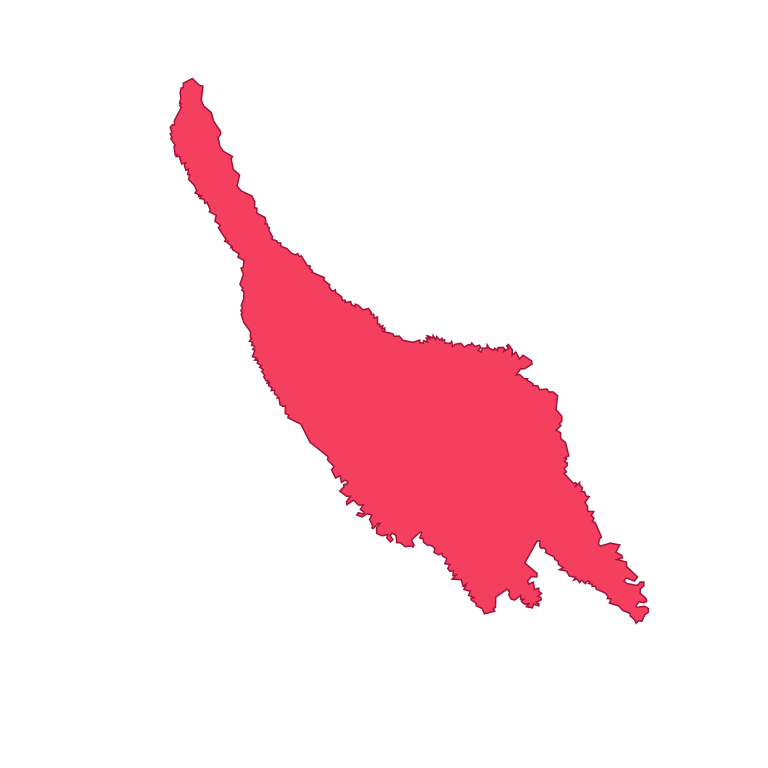 outline of Comapa, Veracruz, Mexico, rotated 42°
{"feature_id": "50627088B99460777873405", "entity_name": "Comapa", "entity_type": "district", "adm_level": 2, "iso_a3": "MEX", "parent_name": "Mexico", "parent_adm1": "Veracruz", "projection": "mercator", "projection_center": [-96.723, 19.142], "detail": "fine", "context": "isolated", "style": "filled", "palette": "rose", "viewbox_px": 768, "rotation_deg": 42, "n_neighbors": 0, "source": "geoboundaries", "source_scale": "gbopen_adm2", "svg_char_len": 6130}
<svg xmlns="http://www.w3.org/2000/svg" viewBox="0 0 768 768"><g transform="rotate(42 384 384)"><path d="M520.8,276.5L515.0,276.7L511.8,279.7L508.5,278.7L503.3,284.2L499.6,282.4L495.7,285.5L494.5,284.2L487.5,285.4L487.1,284.0L484.6,286.3L478.4,286.2L476.1,288.8L475.4,281.3L478.2,278.8L480.7,270.1L478.2,268.1L467.9,269.6L468.0,274.7L460.5,272.0L460.1,277.0L456.4,272.6L449.9,271.4L449.7,273.7L452.9,274.4L451.1,279.6L450.5,277.2L448.0,277.1L444.4,280.6L445.8,283.0L442.4,283.2L442.8,285.4L438.6,287.0L434.5,285.9L436.6,288.4L433.1,291.5L434.7,295.4L431.3,296.0L431.6,292.3L428.9,291.3L426.5,295.4L421.7,294.8L422.2,297.2L420.2,298.3L419.1,302.7L413.8,302.4L410.1,307.1L409.9,310.2L405.8,307.1L405.9,309.6L401.7,312.8L399.4,310.6L398.3,312.2L396.4,311.2L396.3,314.1L391.4,313.4L392.7,316.4L388.1,315.2L389.5,317.0L382.9,319.5L387.8,319.4L384.6,321.6L388.4,323.4L384.5,325.3L385.9,327.4L382.9,329.4L381.2,327.4L377.7,333.6L369.0,338.8L363.2,338.2L359.7,341.7L356.8,340.8L348.3,345.6L349.0,344.0L347.1,341.8L345.7,344.6L344.1,341.4L342.6,344.1L340.8,342.5L339.1,343.8L334.3,338.5L332.7,341.5L329.6,339.1L327.3,341.0L326.8,339.4L322.0,338.2L318.9,342.8L311.8,342.9L309.2,343.9L310.8,345.7L306.7,346.8L304.1,345.1L300.6,349.3L299.1,347.7L296.9,349.7L294.0,347.5L287.0,348.4L284.8,346.5L284.1,349.0L282.2,349.5L278.4,348.5L277.4,346.6L269.9,347.2L268.4,344.9L255.6,349.2L255.0,347.6L251.3,348.0L250.4,345.6L247.8,347.3L236.8,344.2L235.7,345.9L232.6,344.8L232.0,347.2L227.2,348.8L221.3,348.3L215.5,350.6L212.6,348.3L210.7,350.3L208.4,349.4L203.9,351.4L202.7,349.2L195.5,346.8L194.3,344.5L192.4,345.1L190.3,343.1L188.3,344.7L187.9,342.5L184.1,339.8L175.0,342.1L172.0,338.4L169.7,339.6L166.0,335.0L160.1,332.7L148.5,336.1L142.4,335.2L136.8,325.3L128.4,325.4L119.9,319.1L119.2,316.3L108.7,318.6L102.7,317.1L95.9,311.8L95.3,307.4L93.2,305.6L81.6,302.7L74.0,297.8L63.9,298.0L58.3,295.4L50.1,283.8L47.2,285.6L37.2,285.2L33.6,294.6L36.5,298.2L35.2,299.7L37.8,304.2L41.8,307.4L44.1,312.1L45.8,311.5L45.8,313.7L48.3,314.2L51.9,328.3L55.0,331.9L53.1,333.2L53.5,336.5L58.3,338.9L57.6,341.1L61.3,342.5L61.3,344.3L69.4,346.4L68.9,347.9L75.7,353.6L76.7,352.1L77.5,354.1L79.6,351.8L86.5,355.9L88.5,352.4L89.4,355.2L93.8,357.7L95.0,355.2L98.0,359.7L99.7,358.7L101.8,362.7L110.3,363.3L115.7,365.8L115.7,368.4L119.9,367.2L120.8,368.8L122.4,366.2L123.0,369.4L126.7,367.1L130.0,369.7L131.1,367.5L138.4,370.8L138.9,372.9L146.5,370.9L149.4,376.2L156.1,375.5L156.4,378.8L169.7,382.2L170.1,384.7L172.7,383.5L172.2,381.6L174.0,383.9L178.1,383.3L179.0,385.2L179.4,383.9L181.8,385.5L189.1,384.2L190.6,387.6L197.2,385.9L201.3,391.5L200.2,393.6L205.9,396.4L210.4,406.5L214.9,407.1L215.6,409.6L218.0,408.9L222.9,414.9L225.5,421.4L228.0,422.1L228.5,425.3L231.1,425.8L231.2,427.8L238.7,432.1L249.8,434.5L253.6,438.9L255.0,438.5L255.3,442.2L258.3,440.9L259.7,444.0L261.9,442.5L263.6,443.8L263.1,446.0L265.6,445.5L267.9,451.7L272.0,450.0L272.0,452.7L274.4,450.6L276.1,453.5L280.5,452.3L280.3,454.8L284.5,454.0L284.8,456.7L289.6,457.3L289.7,459.0L294.0,460.5L295.5,459.1L296.5,461.7L297.9,459.6L299.0,462.3L303.5,461.8L304.6,464.4L306.9,461.8L309.0,464.6L313.2,464.1L314.0,466.0L315.4,464.6L320.4,468.9L323.8,468.4L325.5,466.3L330.3,472.1L334.0,470.7L335.0,473.4L349.1,469.5L368.2,476.8L391.1,475.4L392.8,478.1L402.3,478.8L402.3,482.8L411.0,486.3L412.7,481.5L418.3,485.6L419.2,481.8L422.0,480.8L423.6,482.5L421.4,485.7L423.0,487.2L422.8,493.3L431.3,492.5L434.1,489.8L435.0,496.8L437.2,498.5L439.2,490.6L446.0,491.1L449.5,487.8L450.3,493.0L454.8,492.5L456.0,493.9L451.0,496.9L451.4,499.6L456.7,497.4L458.3,491.6L462.9,489.6L463.7,494.2L469.9,496.7L471.6,499.1L472.7,498.8L472.6,492.0L474.4,490.2L474.5,495.7L478.6,499.9L484.3,498.0L487.6,493.3L489.0,496.5L494.5,497.1L494.7,493.6L490.1,492.6L489.9,489.3L494.3,488.5L499.7,493.3L502.7,490.9L508.7,490.7L512.8,485.9L514.7,485.8L514.2,483.7L508.7,481.5L509.9,469.6L511.6,469.4L513.7,474.5L516.8,472.7L519.2,475.1L524.0,474.7L527.5,472.3L531.8,472.1L533.8,475.7L538.9,474.4L540.3,471.2L542.8,472.7L546.0,471.8L547.7,472.1L549.5,476.8L553.7,474.2L554.8,478.4L558.3,479.1L560.5,476.4L563.4,480.3L565.5,477.6L565.2,483.4L572.4,477.8L578.3,481.6L579.0,477.8L580.9,483.2L586.8,480.3L588.3,484.5L593.9,482.6L592.1,485.0L593.1,486.1L598.9,485.3L601.0,487.1L607.1,485.2L612.5,487.6L618.3,478.7L615.7,478.1L616.2,475.3L609.7,467.6L612.7,454.0L616.8,454.6L617.6,457.1L622.2,458.8L625.6,457.2L627.1,449.6L629.5,452.4L631.9,450.6L631.2,453.3L633.4,453.8L637.0,453.1L638.8,449.5L638.9,454.2L644.1,451.1L642.5,447.6L647.5,445.4L646.2,443.7L643.3,444.3L645.2,439.3L643.5,437.7L640.3,438.7L641.3,434.2L638.1,434.6L635.5,432.2L633.3,436.1L627.5,431.3L625.5,436.0L622.6,434.4L622.4,428.7L626.7,425.1L624.4,422.3L608.4,422.8L602.8,398.4L604.8,396.1L608.5,400.6L611.0,400.9L612.5,398.5L615.9,399.1L616.8,401.2L626.2,398.6L628.2,400.1L632.1,399.3L634.5,401.4L640.1,400.4L638.6,404.6L644.7,401.0L650.4,402.7L655.7,399.5L656.3,402.8L658.0,399.7L662.2,400.8L662.3,397.5L667.2,397.7L666.9,394.6L669.6,393.3L669.5,395.4L672.7,393.5L674.0,395.2L676.7,392.9L678.9,394.4L688.2,391.3L692.7,391.9L693.5,394.1L696.6,391.8L698.1,396.0L706.8,391.9L712.8,392.5L720.6,389.8L722.1,391.7L727.9,391.4L731.5,393.2L731.7,389.6L734.4,387.8L732.2,380.8L733.2,377.0L730.8,373.9L726.2,374.9L721.2,381.1L719.5,380.1L719.2,375.1L723.3,372.9L724.6,369.7L722.3,368.1L714.3,368.1L711.5,364.6L712.1,360.0L709.6,357.3L706.9,359.7L707.3,363.2L705.7,365.2L697.8,369.8L694.3,369.9L693.6,366.1L701.9,362.9L701.6,357.8L686.7,357.3L683.3,354.1L674.4,358.7L677.5,353.7L675.2,352.2L668.9,353.9L666.9,345.8L658.7,350.8L653.2,359.7L650.8,359.7L648.0,355.6L648.0,352.2L633.6,345.7L630.8,346.7L629.7,343.1L626.1,343.0L625.2,338.5L620.5,342.3L617.2,338.8L612.5,337.6L611.9,330.4L609.2,332.0L605.1,329.9L602.7,331.8L600.8,328.2L596.8,328.1L595.4,326.3L594.9,331.7L593.7,329.2L592.2,329.1L591.5,331.2L577.8,330.0L578.4,327.2L574.6,326.6L574.8,322.0L573.1,320.0L570.0,320.9L569.8,317.4L567.6,318.1L569.4,313.8L558.1,306.0L551.8,306.3L547.8,302.1L542.8,303.1L543.3,296.6L541.0,296.3L540.9,292.3L537.5,288.9L529.0,288.0L520.8,276.5Z" fill="#f43f5e" stroke="#9f1239" stroke-width="1.5"/></g></svg>